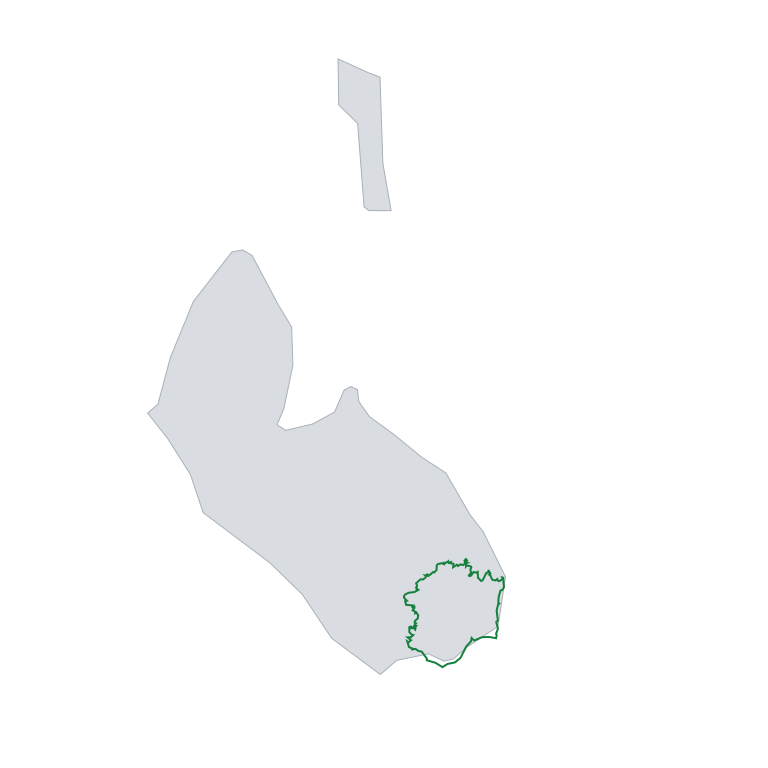 Jenin, West Bank, Palestine (highlighted), rotated 133°
{"feature_id": "87354302B37411468451868", "entity_name": "Jenin", "entity_type": "district", "adm_level": 2, "iso_a3": "PSE", "parent_name": "Palestine", "parent_adm1": "West Bank", "projection": "mercator", "projection_center": [35.215, 32.426], "detail": "medium", "context": "in_parent", "style": "outline", "palette": "green", "viewbox_px": 768, "rotation_deg": 133, "n_neighbors": 0, "source": "geoboundaries", "source_scale": "gbopen_adm2", "svg_char_len": 2617}
<svg xmlns="http://www.w3.org/2000/svg" viewBox="0 0 768 768"><g transform="rotate(133 384 384)"><path d="M599.0,188.6L605.7,248.8L593.6,300.2L592.6,345.1L601.4,428.5L582.2,463.8L571.3,505.5L566.5,537.0L552.9,535.6L510.3,558.3L453.7,579.7L391.3,585.3L382.5,579.0L380.0,568.1L398.2,515.3L405.3,490.4L432.3,463.5L470.6,440.3L486.8,434.4L485.0,424.4L462.1,409.0L438.2,401.0L415.6,409.0L408.5,406.5L406.2,399.7L414.1,390.2L417.8,372.4L414.2,342.6L411.8,306.2L406.9,278.1L420.9,232.3L424.5,210.5L442.1,163.7L483.4,135.4L519.1,143.7L537.9,145.8L545.9,151.3L551.0,167.5L577.4,186.2L599.0,188.6ZM252.4,497.0L267.5,513.4L268.0,519.4L211.4,581.0L210.8,607.4L177.6,639.3L167.0,607.6L162.3,596.2L223.4,535.3L252.4,497.0Z" fill="#d9dde1" stroke="#a8b0b8" stroke-width="1"/><path d="M469.9,215.6L470.8,215.3L471.0,216.6L473.3,217.1L473.9,218.2L474.8,217.2L475.8,219.7L479.1,221.8L480.5,221.8L484.3,218.7L487.7,218.8L488.2,220.0L492.0,220.1L493.7,221.8L494.0,223.4L494.6,221.2L495.9,223.1L495.9,222.3L497.4,221.6L500.5,222.2L501.9,224.1L507.8,224.6L509.0,222.2L511.1,221.6L510.9,220.4L511.8,220.1L511.3,218.5L515.5,219.9L519.7,223.5L523.5,225.0L525.7,224.6L526.7,223.6L526.9,219.4L528.4,220.4L530.4,217.2L526.0,211.5L527.8,211.2L528.0,210.1L526.4,209.6L527.0,209.0L529.9,208.7L529.2,205.8L530.4,204.9L529.0,204.5L529.8,201.3L532.5,199.4L536.4,199.8L537.8,198.7L537.2,197.3L539.9,197.1L539.2,195.8L540.6,196.2L540.2,195.0L542.4,193.7L542.3,195.8L544.3,197.8L543.0,198.0L543.0,199.0L544.5,199.7L548.2,196.2L548.4,192.7L547.7,191.4L550.9,191.7L553.2,193.9L552.9,189.5L556.3,190.0L556.4,191.4L559.4,186.3L558.0,182.6L558.8,182.3L556.2,180.2L555.8,176.8L554.0,173.9L555.7,165.2L556.9,164.3L552.8,156.3L551.2,148.1L545.4,146.6L539.2,142.2L532.1,141.3L519.9,144.8L512.9,144.9L510.0,146.7L510.1,143.1L502.4,139.7L497.4,134.7L493.5,128.7L490.8,130.3L490.4,131.6L485.2,133.8L481.5,139.6L479.4,139.3L472.9,147.1L467.8,150.0L465.9,150.0L466.2,151.1L461.7,154.8L455.6,158.0L454.1,157.0L450.9,157.6L444.4,164.7L444.8,165.5L445.1,164.6L447.6,164.6L449.9,165.5L450.2,167.1L449.4,168.1L451.7,168.6L453.3,171.4L451.5,175.5L451.7,177.3L450.1,176.9L448.9,180.9L450.2,179.3L452.5,180.3L460.2,178.0L461.8,178.5L461.6,183.1L457.5,187.3L459.0,187.8L460.4,190.3L464.7,189.6L466.3,190.6L466.1,191.4L462.8,191.5L460.7,194.4L458.5,195.1L458.2,196.1L460.1,199.6L461.5,199.6L458.9,201.8L458.2,201.4L458.8,202.4L456.4,202.8L456.2,204.7L458.0,204.7L457.9,203.3L459.2,203.6L460.0,202.3L462.3,202.5L463.7,205.0L466.6,205.7L466.4,207.4L470.9,208.5L468.1,210.6L469.8,213.2L468.8,213.6L470.4,214.4L469.9,215.6Z" fill="none" stroke="#15803d" stroke-width="2"/></g></svg>